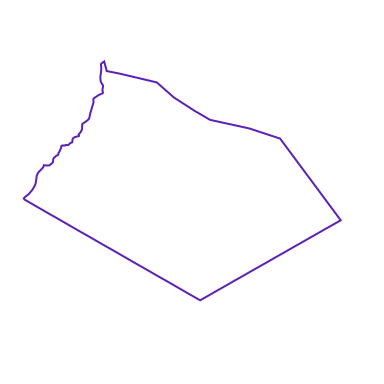 map outline of Ennedi (Natural Earth projection), rotated 120°
{"feature_id": "TCD-5579", "entity_name": "Ennedi", "entity_type": "Préfecture", "adm_level": 1, "iso_a3": "TCD", "parent_name": "Chad", "parent_adm1": "", "projection": "natural_earth1", "projection_center": [22.297, 18.351], "detail": "fine", "context": "isolated", "style": "outline", "palette": "violet", "viewbox_px": 384, "rotation_deg": 120, "n_neighbors": 0, "source": "natural_earth", "source_scale": "10m", "svg_char_len": 2573}
<svg xmlns="http://www.w3.org/2000/svg" viewBox="0 0 384 384"><g transform="rotate(120 192 192)"><path d="M142.1,49.1L147.7,52.3L153.3,55.6L158.8,58.9L164.4,62.1L170.0,65.4L175.6,68.7L181.1,71.9L186.7,75.2L192.3,78.5L197.9,81.7L203.4,85.0L209.0,88.3L214.6,91.5L220.2,94.8L225.8,98.1L231.4,101.4L237.0,104.6L242.6,107.9L248.1,111.2L253.7,114.4L259.3,117.7L264.9,121.0L270.5,124.2L276.1,127.5L281.7,130.8L281.8,143.2L281.8,155.6L281.8,168.1L281.9,180.5L281.9,193.0L282.0,205.4L282.0,217.8L282.0,230.3L282.1,242.7L282.1,255.1L282.2,267.5L282.2,280.0L282.2,292.4L282.3,304.8L282.3,317.3L282.3,329.7L282.3,332.8L281.8,334.4L280.6,334.4L275.3,332.3L269.7,331.3L264.5,331.3L261.5,332.1L255.5,334.6L252.1,334.9L245.1,333.2L242.9,333.6L242.9,333.4L240.7,329.4L240.5,329.2L240.3,329.0L240.1,328.9L237.4,327.7L236.3,327.5L236.0,327.4L235.5,327.5L234.9,327.6L234.6,327.8L233.7,328.3L232.7,328.6L232.2,328.7L231.8,328.7L231.4,328.7L230.8,328.5L230.5,328.3L230.2,328.1L228.8,327.8L228.5,327.7L228.3,327.6L227.4,326.8L227.2,326.6L226.9,326.5L226.5,326.5L226.0,326.7L225.1,327.1L224.7,327.1L223.4,327.0L222.4,327.0L220.8,327.3L219.4,327.4L218.9,327.5L218.7,327.6L218.1,328.0L217.8,328.1L217.5,328.1L217.0,327.9L216.8,327.8L216.6,327.6L216.5,327.3L216.4,327.0L216.3,326.8L216.1,326.6L215.9,326.5L215.7,326.3L215.6,326.1L215.4,325.6L215.3,325.3L215.2,325.1L214.6,324.9L214.4,324.8L214.3,324.6L214.1,324.4L214.0,324.2L213.7,323.3L213.6,323.0L213.4,322.8L211.6,322.1L211.0,322.0L210.0,321.6L209.8,321.4L209.6,321.2L209.3,320.9L209.1,320.7L208.8,320.7L208.5,320.6L208.2,320.7L207.8,320.9L207.3,321.3L207.1,321.4L206.4,321.7L206.2,321.8L205.8,321.8L205.4,321.8L204.7,321.7L204.3,321.6L203.7,321.3L203.3,321.1L201.5,319.4L200.2,318.0L200.1,317.9L199.8,318.0L199.5,318.2L199.0,318.8L198.8,319.0L198.5,319.0L197.3,318.6L196.2,318.4L194.7,318.4L192.8,318.6L191.5,319.1L190.5,319.8L188.4,320.8L188.1,320.9L187.8,320.9L187.0,320.6L184.9,319.5L181.1,318.0L180.9,317.9L180.2,317.9L179.7,317.9L178.1,318.3L175.7,319.2L164.1,322.0L163.6,322.1L161.0,323.8L160.6,323.9L160.3,323.9L159.8,323.8L154.7,321.3L151.5,319.0L151.1,318.7L150.8,318.7L150.6,318.8L149.9,319.2L148.8,320.3L148.0,320.8L145.4,321.7L144.5,322.2L144.2,322.6L143.8,322.9L143.7,323.2L142.9,324.9L142.3,325.7L141.7,326.5L138.8,328.6L130.9,332.0L129.3,333.0L128.0,334.1L127.6,334.3L126.7,334.7L126.3,334.7L125.7,334.6L124.7,334.2L123.9,333.8L123.5,333.5L123.2,333.4L122.9,333.3L129.9,326.3L125.8,314.3L114.7,277.3L119.2,254.8L120.4,231.0L120.5,212.5L108.3,174.1L101.7,142.4L142.1,49.1Z" fill="none" stroke="#5b21b6" stroke-width="2"/></g></svg>